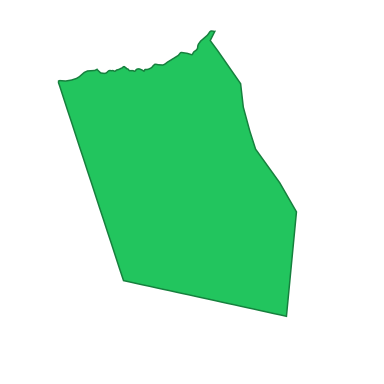 the Préfecture of Ennedi, rotated 162°
{"feature_id": "TCD-5579", "entity_name": "Ennedi", "entity_type": "Préfecture", "adm_level": 1, "iso_a3": "TCD", "parent_name": "Chad", "parent_adm1": "", "projection": "natural_earth1", "projection_center": [22.297, 18.351], "detail": "fine", "context": "isolated", "style": "filled", "palette": "green", "viewbox_px": 384, "rotation_deg": 162, "n_neighbors": 0, "source": "natural_earth", "source_scale": "10m", "svg_char_len": 2528}
<svg xmlns="http://www.w3.org/2000/svg" viewBox="0 0 384 384"><g transform="rotate(162 192 192)"><path d="M140.6,44.6L146.3,48.0L152.1,51.3L157.8,54.7L163.6,58.1L169.3,61.5L175.0,64.8L180.8,68.2L186.5,71.6L192.3,74.9L198.1,78.3L203.8,81.7L209.6,85.1L215.3,88.4L221.1,91.8L226.8,95.2L232.6,98.5L238.4,101.9L244.1,105.3L249.9,108.6L255.7,112.0L261.4,115.4L267.2,118.7L273.0,122.1L278.7,125.5L284.5,128.9L284.6,141.7L284.6,154.5L284.6,167.3L284.7,180.2L284.7,193.0L284.8,205.8L284.8,218.6L284.8,231.4L284.9,244.3L284.9,257.1L285.0,269.9L285.0,282.7L285.0,295.5L285.1,308.3L285.1,321.2L285.1,334.0L285.2,337.1L284.6,338.8L283.3,338.8L277.9,336.6L272.1,335.7L266.8,335.7L263.7,336.4L257.5,339.0L254.0,339.4L246.8,337.6L244.5,338.0L244.5,337.9L242.2,333.7L241.8,333.3L241.6,333.2L238.8,331.9L237.7,331.7L237.3,331.7L236.9,331.7L236.3,331.9L235.9,332.0L235.0,332.5L234.0,332.9L233.4,333.0L233.1,333.0L232.6,332.9L232.0,332.7L231.7,332.5L231.4,332.3L231.1,332.2L229.9,332.0L229.7,331.9L228.5,331.0L228.3,330.8L228.0,330.7L227.6,330.7L227.0,330.9L226.1,331.3L225.7,331.3L224.4,331.2L223.4,331.2L221.7,331.5L220.3,331.6L219.8,331.7L219.5,331.8L218.9,332.2L218.6,332.3L218.3,332.3L217.8,332.2L217.5,332.0L217.3,331.8L217.2,331.5L217.2,331.2L216.9,330.8L216.6,330.7L216.3,330.3L216.2,329.7L215.9,329.3L215.7,329.2L215.3,329.0L215.1,328.9L215.0,328.7L214.8,328.5L214.7,328.3L214.4,327.4L214.3,327.1L214.1,326.8L212.2,326.1L211.6,326.0L210.6,325.6L210.4,325.4L210.2,325.3L209.8,324.9L209.6,324.7L209.4,324.7L209.0,324.6L208.7,324.7L208.3,324.9L207.8,325.3L207.6,325.4L206.8,325.7L206.6,325.8L206.2,325.8L205.8,325.8L205.1,325.7L204.7,325.6L204.1,325.3L203.7,325.1L201.8,323.4L200.5,321.9L200.4,321.8L200.1,321.9L199.8,322.1L199.2,322.8L198.7,323.0L197.5,322.6L196.3,322.3L194.8,322.3L192.8,322.6L191.5,323.0L190.4,323.8L188.3,324.8L188.0,324.9L187.7,324.9L186.8,324.6L184.7,323.4L180.8,321.9L180.6,321.8L179.8,321.8L179.4,321.8L177.6,322.2L175.2,323.1L163.3,326.0L162.7,326.2L160.0,327.9L159.7,328.0L159.3,328.0L158.8,327.9L153.6,325.3L150.2,322.9L149.8,322.7L149.5,322.6L149.3,322.7L148.6,323.2L147.5,324.3L146.7,324.8L143.9,325.7L143.1,326.3L142.7,326.6L142.3,327.0L142.2,327.2L141.4,329.0L140.8,329.9L140.1,330.7L137.1,332.9L129.0,336.3L127.4,337.4L126.0,338.5L125.6,338.8L124.6,339.2L124.2,339.2L123.7,339.1L122.6,338.6L121.8,338.2L121.4,337.9L121.1,337.8L120.7,337.7L127.9,330.4L123.8,318.1L112.3,280.0L117.0,256.8L118.2,232.2L118.3,213.1L105.7,173.6L98.8,140.8L140.6,44.6Z" fill="#22c55e" stroke="#15803d" stroke-width="1.5"/></g></svg>